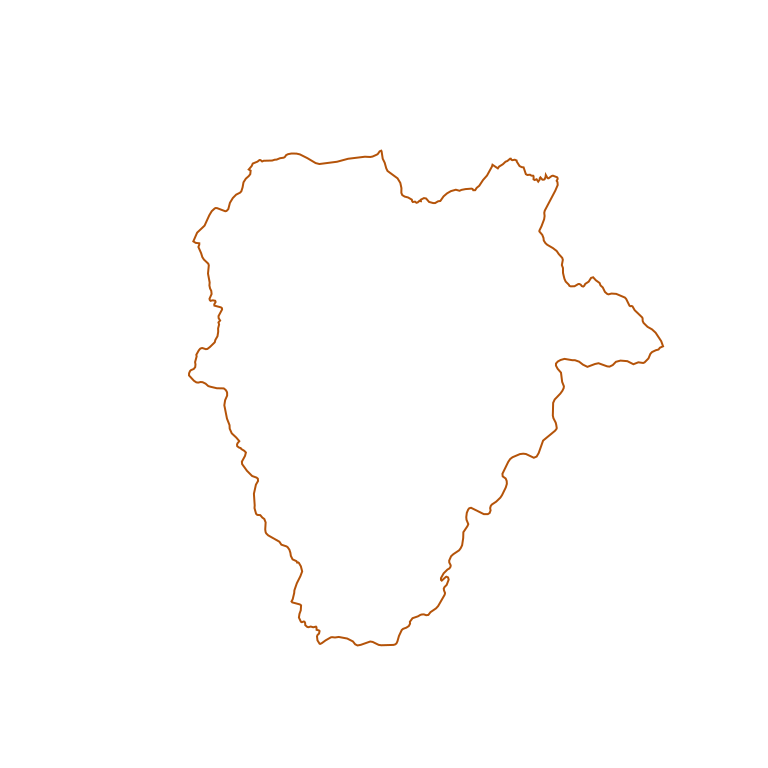 Carolina, Antioquia, Colombia (Natural Earth projection), rotated 26°
{"feature_id": "7082276B54893921503227", "entity_name": "Carolina", "entity_type": "district", "adm_level": 2, "iso_a3": "COL", "parent_name": "Colombia", "parent_adm1": "Antioquia", "projection": "natural_earth1", "projection_center": [-75.301, 6.75], "detail": "fine", "context": "isolated", "style": "outline", "palette": "amber", "viewbox_px": 768, "rotation_deg": 26, "n_neighbors": 0, "source": "geoboundaries", "source_scale": "gbopen_adm2", "svg_char_len": 6153}
<svg xmlns="http://www.w3.org/2000/svg" viewBox="0 0 768 768"><g transform="rotate(26 384 384)"><path d="M156.9,299.1L155.6,299.6L154.9,300.4L153.4,304.2L153.0,308.9L153.3,320.3L149.7,329.9L150.1,339.4L152.9,339.7L156.3,338.5L156.9,339.8L157.1,342.2L162.3,346.6L165.1,349.6L167.6,351.1L173.3,352.9L174.5,354.1L177.4,361.9L182.8,369.2L183.9,372.0L185.8,374.4L187.9,376.0L189.6,378.7L189.8,383.9L190.6,384.9L191.6,385.3L193.5,383.8L195.8,383.2L196.7,384.1L196.5,386.8L197.2,387.9L203.8,386.6L205.1,386.9L205.8,388.0L205.5,395.5L206.5,397.3L208.9,398.8L208.2,401.2L209.7,402.8L210.5,406.7L212.1,409.8L213.4,414.1L213.1,418.3L213.6,420.7L211.3,427.1L209.9,429.9L208.6,430.8L205.0,431.3L204.1,431.9L203.3,432.9L202.8,434.9L202.5,440.0L203.5,441.3L204.6,447.1L206.0,449.1L206.9,451.6L206.4,453.9L204.4,456.2L204.0,457.4L204.1,459.8L205.0,461.8L211.7,464.4L214.6,464.8L216.4,464.2L218.3,462.6L220.2,461.9L223.5,461.9L227.0,462.9L229.4,462.5L235.6,461.1L241.9,458.2L244.2,458.7L245.9,459.7L246.8,460.6L248.1,463.2L248.3,468.2L249.8,473.1L258.0,483.9L263.2,488.7L264.9,491.8L268.8,495.1L274.7,496.9L279.0,498.8L278.3,501.6L278.5,503.0L279.4,504.3L281.9,504.7L283.2,504.4L284.3,505.0L287.7,505.3L289.9,506.1L290.6,509.5L290.3,516.1L291.6,518.2L298.9,522.1L305.8,524.5L310.5,524.0L312.1,524.4L313.3,526.4L313.0,530.6L315.2,539.7L321.0,549.8L322.0,552.3L325.9,556.7L327.5,557.2L330.3,556.1L333.2,557.4L335.6,557.8L338.3,560.3L341.0,566.8L342.5,569.0L343.6,569.9L346.2,570.8L359.1,571.6L362.2,573.4L367.5,572.7L368.9,572.9L371.6,574.4L373.9,576.8L375.6,579.3L378.7,581.7L382.9,581.6L384.3,582.6L384.9,582.0L385.9,582.1L389.2,584.3L392.6,588.3L393.1,593.4L393.0,601.3L393.9,608.7L394.9,611.2L396.3,617.5L396.2,620.0L397.3,620.5L405.0,619.0L406.5,619.3L408.4,623.9L408.8,627.7L409.9,631.2L413.5,634.1L414.6,634.1L415.9,632.7L416.7,632.5L417.8,633.3L419.0,635.3L421.6,636.0L422.7,635.7L424.5,634.1L427.0,633.7L429.2,631.9L429.9,632.2L431.2,634.5L433.4,634.0L434.4,634.3L435.0,636.8L434.3,638.6L434.4,640.2L436.6,643.6L440.0,645.7L440.7,645.5L441.8,644.0L443.9,640.0L447.3,635.0L448.3,634.3L451.1,633.3L454.2,631.2L462.5,628.9L468.9,629.0L472.2,630.6L474.8,630.6L477.5,628.6L484.5,621.5L486.9,620.8L493.6,620.8L496.1,620.0L506.8,614.4L508.1,613.3L508.9,611.8L508.9,609.5L507.9,603.9L507.8,597.3L508.5,595.7L510.9,593.2L512.4,590.7L512.5,588.0L511.5,586.4L512.3,582.0L516.4,577.9L517.9,575.6L519.0,574.6L520.8,573.6L523.3,573.3L525.1,572.1L525.8,568.7L529.1,562.9L530.0,559.9L530.9,546.8L530.5,545.1L528.4,543.2L527.4,541.7L527.4,540.0L528.4,537.1L527.9,531.5L526.4,529.8L524.6,529.8L524.2,530.2L522.1,535.4L521.1,535.1L520.3,533.5L520.6,528.0L522.4,522.9L523.6,521.2L523.9,519.1L523.4,517.7L520.9,515.8L520.0,514.1L519.8,509.4L520.9,506.6L524.4,500.6L524.9,498.0L524.9,494.7L522.7,487.7L520.3,482.4L521.3,475.2L521.2,473.0L517.7,469.9L516.3,467.6L514.9,463.5L514.7,459.9L515.1,458.3L516.5,457.1L530.8,457.2L534.4,455.4L535.5,453.6L535.2,450.9L533.8,449.0L533.4,446.7L533.8,445.0L536.4,440.6L538.4,435.1L538.8,432.2L538.8,423.6L538.2,419.9L536.8,417.4L534.8,415.6L531.2,415.0L529.8,412.8L529.8,399.5L530.3,396.1L531.6,393.5L536.9,387.4L539.7,385.6L542.3,384.7L551.0,384.6L553.0,382.3L553.3,378.3L551.8,365.1L558.2,351.1L558.7,349.0L558.6,347.9L556.7,345.2L555.3,343.5L551.3,340.5L549.6,338.4L544.3,326.8L544.2,323.1L546.7,315.3L547.3,311.9L547.3,309.0L546.7,307.2L543.2,304.0L538.1,296.2L533.4,294.2L530.5,292.1L529.6,290.2L530.4,287.5L532.2,285.0L535.2,282.3L543.0,280.0L545.2,278.9L549.6,278.4L554.4,279.4L559.3,279.4L564.9,273.5L567.7,271.3L576.9,270.3L579.1,269.5L581.3,266.7L582.7,262.4L586.3,259.3L592.7,256.8L599.5,256.9L603.1,253.0L607.7,251.5L608.7,250.4L610.5,245.1L610.2,240.1L610.9,237.8L613.5,234.5L615.6,232.7L616.1,230.4L618.3,227.8L614.4,224.0L605.6,218.8L600.9,217.4L595.8,217.1L590.5,215.3L588.9,214.0L587.6,211.6L586.9,211.0L577.0,207.8L573.3,205.3L572.2,205.4L571.3,206.1L570.3,206.0L564.4,201.4L562.6,200.7L553.2,201.2L548.8,203.0L546.5,205.0L545.2,205.2L542.2,204.4L538.3,201.3L535.4,200.5L533.5,198.7L528.9,197.9L525.2,196.4L523.6,197.9L523.1,202.3L521.0,205.8L520.9,208.0L520.3,209.1L518.8,209.3L517.3,208.5L515.7,208.5L514.8,209.0L512.4,212.6L509.0,214.4L507.6,214.5L506.5,213.7L502.4,212.3L500.1,210.4L497.9,207.8L496.2,205.7L494.0,201.3L491.7,199.1L490.3,194.0L488.9,192.5L484.1,190.6L481.0,188.8L476.3,187.8L469.6,187.3L467.3,186.6L464.7,185.0L463.3,182.8L460.9,180.6L456.8,178.8L456.4,177.9L456.4,173.2L455.7,165.7L454.7,162.6L453.0,159.9L452.5,157.7L453.2,135.3L452.9,129.0L451.4,126.5L450.1,125.7L450.2,123.6L449.7,122.8L448.9,122.3L444.5,122.7L443.5,123.6L441.8,126.9L441.3,127.2L440.5,127.1L437.8,125.2L438.4,127.0L438.6,129.5L438.1,130.3L436.8,130.9L434.0,129.7L433.8,130.7L434.3,132.2L433.9,134.5L431.4,133.1L430.0,134.6L428.7,134.5L427.6,132.1L426.9,131.4L425.1,132.1L423.5,131.9L421.2,133.3L419.5,133.2L414.5,128.1L412.8,128.7L410.3,128.7L405.8,125.9L405.2,125.0L403.2,125.1L401.2,126.6L400.2,126.6L399.2,125.9L398.6,126.2L397.1,129.5L395.8,130.9L394.5,134.4L392.1,138.2L391.8,140.3L385.4,139.4L385.7,141.3L385.2,151.5L383.6,157.2L382.7,164.1L381.3,167.1L381.0,169.8L379.3,170.7L378.1,169.9L377.1,170.0L371.8,173.1L368.5,175.6L367.2,177.2L363.4,177.9L359.6,181.3L357.1,185.0L355.3,189.2L354.4,194.8L352.5,196.1L350.6,199.0L349.0,199.8L344.7,200.6L340.5,198.8L338.4,199.4L336.2,202.3L337.0,203.5L335.5,204.0L334.7,206.0L333.7,206.9L331.9,206.5L330.1,207.8L329.1,207.3L328.2,206.1L323.8,205.8L320.4,206.5L317.6,206.2L315.8,204.6L313.8,200.3L310.5,196.1L306.0,193.2L293.8,191.0L291.5,189.2L287.6,184.8L284.1,182.1L279.8,175.9L279.2,175.5L278.1,176.8L277.6,180.0L277.0,181.0L274.0,184.6L272.1,186.0L267.2,188.1L253.0,197.3L244.4,204.8L229.5,214.6L225.7,215.4L216.1,214.6L207.7,214.5L204.3,215.3L199.8,217.4L197.0,219.5L195.7,221.2L195.4,223.3L194.7,224.5L191.5,226.7L189.1,229.4L187.6,230.2L185.5,232.2L178.0,236.1L176.9,237.4L174.9,236.9L173.9,237.3L172.8,239.6L169.4,243.4L169.5,246.1L168.4,250.5L170.6,250.7L171.8,254.0L171.3,256.4L169.8,260.0L169.3,264.3L170.7,269.3L171.3,273.4L170.7,275.2L168.1,278.6L166.6,283.1L166.1,288.7L167.4,295.1L166.6,297.5L165.6,298.3L156.9,299.1Z" fill="none" stroke="#b45309" stroke-width="2"/></g></svg>